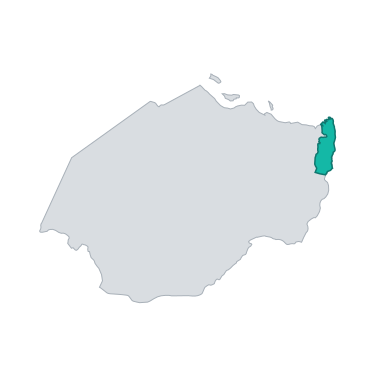 location of Mtwara within United Republic of Tanzania, rotated 296°
{"feature_id": "TZA-3388", "entity_name": "Mtwara", "entity_type": "Region", "adm_level": 1, "iso_a3": "TZA", "parent_name": "United Republic of Tanzania", "parent_adm1": "", "projection": "orthographic", "projection_center": [39.572, -10.772], "detail": "fine", "context": "in_parent", "style": "filled", "palette": "teal", "viewbox_px": 384, "rotation_deg": 296, "n_neighbors": 0, "source": "natural_earth", "source_scale": "10m", "svg_char_len": 5993}
<svg xmlns="http://www.w3.org/2000/svg" viewBox="0 0 384 384"><g transform="rotate(296 192 192)"><path d="M147.8,263.0L144.0,261.1L140.6,260.0L137.9,258.7L136.6,257.4L134.0,257.0L131.8,256.8L129.7,255.7L125.4,255.3L124.9,254.5L124.8,252.8L124.1,252.3L122.5,251.9L120.9,252.0L119.8,252.2L119.2,252.1L117.8,251.1L116.5,249.8L116.0,247.7L114.0,246.4L111.8,245.3L105.6,245.6L104.6,245.3L103.1,244.3L101.3,242.5L99.9,240.5L98.6,237.8L97.2,234.1L89.8,219.4L89.0,216.6L87.5,213.5L85.2,209.8L82.7,207.0L79.4,204.5L75.6,202.1L73.6,200.4L69.6,193.5L68.8,190.3L68.1,186.9L68.3,185.5L70.6,181.1L70.9,179.8L70.5,178.2L69.3,174.7L67.7,170.5L64.6,162.9L64.1,161.0L64.1,159.6L65.8,151.7L65.8,150.6L72.9,150.5L78.1,146.9L82.6,141.7L83.5,139.5L85.3,136.2L87.1,134.5L87.8,133.4L88.8,130.1L91.2,127.8L93.5,126.0L93.0,124.8L93.4,124.4L94.6,123.5L97.1,122.6L97.6,120.9L97.6,118.9L97.2,117.9L97.2,116.6L96.8,115.9L95.2,115.8L92.8,114.9L90.8,114.6L89.4,114.0L88.9,113.6L88.7,112.5L89.8,109.5L88.6,108.3L91.1,103.3L91.5,102.7L92.5,102.6L93.9,102.0L95.2,101.7L96.3,101.9L97.1,101.6L97.8,101.1L98.4,99.4L98.9,96.6L98.6,94.3L97.6,92.6L97.3,89.9L97.7,86.3L97.4,83.3L96.2,81.0L95.0,79.6L93.2,79.0L90.4,75.4L89.5,73.7L89.6,72.6L90.6,72.1L92.4,72.2L94.1,71.7L95.7,70.7L97.2,70.3L98.1,70.5L170.1,68.8L254.9,114.6L255.3,115.1L256.0,119.2L255.8,120.5L254.5,122.9L254.1,124.1L254.1,124.9L254.5,125.3L255.6,125.4L256.5,125.9L256.9,126.4L257.6,128.1L258.5,129.0L290.7,152.0L291.5,152.3L291.0,154.3L289.2,159.0L289.1,160.9L288.4,163.2L287.7,164.8L285.9,171.4L284.3,173.9L282.2,179.7L281.9,184.1L283.0,187.2L283.5,190.2L286.0,193.0L287.9,194.0L289.3,195.3L291.7,198.3L293.0,201.3L297.3,202.8L299.0,206.2L298.3,208.5L296.4,210.4L294.5,213.5L293.0,217.6L293.0,223.8L294.0,222.9L296.3,224.4L296.6,229.0L294.2,234.4L293.5,236.9L293.4,239.0L295.1,245.4L297.6,248.7L297.5,249.7L296.8,250.6L301.1,256.4L300.8,261.4L302.4,265.3L303.1,268.7L304.2,271.3L304.4,273.1L303.1,275.1L306.2,275.6L308.1,277.2L309.0,278.8L311.2,278.7L312.5,279.8L314.3,280.7L318.2,283.3L319.3,284.6L319.9,285.9L309.1,294.1L305.1,296.2L302.4,297.2L299.4,297.8L296.5,299.1L293.9,301.1L290.4,302.1L286.3,302.2L281.9,303.6L275.0,307.9L271.0,305.5L267.8,304.8L264.2,304.9L262.0,305.2L261.2,305.7L260.6,307.2L260.0,309.6L257.6,311.9L253.5,314.1L249.7,314.9L246.1,314.4L243.8,313.5L242.5,312.2L240.7,311.7L238.3,311.8L236.0,312.7L233.8,314.4L230.3,315.2L225.5,315.0L222.9,314.2L222.5,312.8L220.3,311.2L216.4,309.3L213.6,309.3L211.8,311.2L210.1,312.3L208.6,312.8L207.3,312.9L205.3,312.4L200.0,312.3L194.9,312.5L194.4,309.8L193.3,308.2L192.4,307.3L190.6,307.0L190.1,306.3L189.5,304.7L188.6,303.3L187.5,302.1L186.8,301.1L186.5,300.1L186.7,299.0L187.7,296.2L188.0,294.4L187.9,292.4L187.3,290.5L186.0,288.2L186.1,287.5L185.7,285.9L185.6,284.8L185.9,283.4L185.6,281.6L184.5,277.7L184.5,276.7L183.4,274.9L179.9,270.5L179.8,269.9L174.4,265.5L172.3,264.6L171.5,265.4L171.2,266.2L171.5,267.6L171.4,268.3L171.2,268.7L169.9,268.6L169.1,268.5L167.1,267.3L165.5,267.1L161.7,267.4L160.3,267.7L159.2,267.4L157.2,265.4L154.8,265.0L152.6,265.0L149.0,262.7L147.8,263.0ZM297.8,186.5L299.6,191.4L299.4,192.4L298.1,192.9L297.5,193.0L296.7,192.2L296.1,190.5L295.2,190.9L293.6,188.9L292.0,188.9L290.6,186.5L291.1,184.4L290.8,180.9L292.5,179.1L293.5,176.1L294.6,178.1L294.9,181.4L296.4,185.2L297.8,186.5ZM306.3,157.2L306.5,158.4L306.1,159.5L306.2,163.0L306.1,165.3L304.7,168.5L303.7,169.7L302.7,169.3L301.9,168.8L301.3,167.9L302.5,162.0L301.9,157.7L304.4,158.1L306.3,157.2ZM302.8,228.2L301.5,228.5L301.0,228.2L300.3,227.3L301.6,226.5L302.9,224.9L305.9,222.5L307.3,220.6L307.0,222.5L305.4,226.5L303.9,226.7L302.8,228.2Z" fill="#d9dde1" stroke="#a8b0b8" stroke-width="1"/><path d="M319.3,286.1L318.9,286.8L318.2,287.5L317.4,288.1L315.9,288.6L315.0,289.3L313.7,290.6L313.2,291.2L313.0,291.4L312.3,291.7L309.5,293.9L309.1,294.1L306.7,295.1L304.4,296.7L303.9,297.0L300.0,297.8L298.3,297.9L297.9,298.1L297.5,298.3L293.1,301.8L292.5,302.1L292.0,302.3L291.4,302.3L290.9,302.1L290.0,301.6L289.4,301.5L288.7,301.8L287.9,302.0L285.0,302.0L284.2,302.2L283.6,302.7L283.2,303.0L282.7,303.1L282.4,303.3L281.5,304.2L281.1,304.4L280.8,304.4L280.4,304.3L280.1,304.2L279.8,304.3L279.4,304.5L278.7,304.7L278.3,305.0L277.8,305.7L275.6,307.2L275.0,307.9L274.3,307.5L272.5,307.1L271.7,306.6L270.5,305.3L269.7,304.8L268.6,304.6L268.4,304.7L267.9,304.9L267.6,304.9L267.4,304.9L266.9,304.5L266.7,304.5L266.6,304.4L266.5,304.2L266.3,304.1L266.2,304.2L266.1,304.3L265.9,304.3L264.4,298.8L263.6,294.1L267.6,293.8L268.4,293.3L269.5,291.6L270.9,290.1L277.0,287.6L279.0,287.4L279.7,287.1L280.5,287.1L281.2,287.6L282.0,287.8L283.6,287.7L284.0,287.2L284.7,286.7L286.4,285.9L287.5,285.6L289.4,284.5L290.3,284.1L291.1,284.3L291.2,285.0L291.5,285.6L292.5,285.4L292.7,284.5L293.0,283.9L293.7,284.0L294.4,283.6L295.0,283.0L295.6,282.9L296.1,282.9L297.9,284.0L298.6,286.1L299.0,286.5L299.3,286.8L300.0,288.4L300.9,288.9L301.7,288.2L302.2,287.4L302.1,286.5L301.5,286.0L301.5,285.4L301.9,284.5L302.0,283.5L302.6,282.7L303.6,282.4L307.3,280.3L308.1,279.7L308.8,279.2L308.8,279.5L309.0,280.2L309.2,279.9L309.3,279.6L309.3,279.2L309.2,278.8L309.0,278.3L309.1,278.1L309.3,278.1L309.8,278.2L310.1,278.3L310.8,278.6L311.3,278.7L312.2,279.0L312.3,279.0L312.4,279.3L312.4,279.6L312.2,279.9L312.2,280.2L312.3,280.6L312.4,280.8L312.2,281.0L312.1,281.4L312.3,281.3L312.8,281.6L313.0,281.6L313.1,281.4L313.1,281.2L313.3,281.0L313.5,281.1L313.8,281.3L314.3,281.8L314.6,282.0L314.6,281.8L314.7,281.6L314.8,281.3L315.0,281.5L315.4,281.3L315.0,281.2L313.8,280.7L314.6,279.8L314.9,279.9L315.1,280.1L315.1,280.4L315.2,280.7L315.4,280.9L316.0,281.1L316.2,281.3L316.3,281.5L317.0,283.2L317.3,283.4L318.1,283.5L318.9,283.4L319.1,282.9L318.8,282.5L318.4,282.6L318.3,282.4L318.4,282.2L318.6,282.0L318.9,282.0L319.1,282.1L319.2,282.3L319.2,282.5L319.4,282.7L319.6,283.1L319.4,283.5L319.0,283.8L318.7,284.2L318.8,284.2L319.1,284.2L319.3,284.2L319.0,285.0L319.0,285.3L319.2,285.6L319.3,285.8L319.3,286.1Z" fill="#14b8a6" stroke="#0f766e" stroke-width="1.5"/></g></svg>